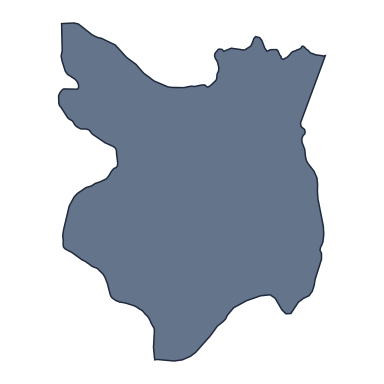 the border of Môndól Kiri
{"feature_id": "KHM-1794", "entity_name": "Môndól Kiri", "entity_type": "Province", "adm_level": 1, "iso_a3": "KHM", "parent_name": "Cambodia", "parent_adm1": "", "projection": "robinson", "projection_center": [106.924, 12.744], "detail": "fine", "context": "isolated", "style": "filled", "palette": "slate", "viewbox_px": 384, "rotation_deg": 0, "n_neighbors": 0, "source": "natural_earth", "source_scale": "10m", "svg_char_len": 3247}
<svg xmlns="http://www.w3.org/2000/svg" viewBox="0 0 384 384"><path d="M317.9,198.7L323.3,226.1L323.8,234.1L323.0,241.6L321.8,244.8L320.5,247.5L320.0,250.2L321.5,253.4L321.5,259.2L315.1,279.5L314.1,285.6L312.3,291.2L309.1,295.7L303.5,298.3L298.3,302.3L290.9,313.5L285.9,313.8L281.8,309.7L275.2,298.3L270.1,294.8L260.5,295.8L250.0,299.5L246.5,300.7L233.6,307.8L227.2,315.4L225.7,318.9L223.1,321.6L217.3,326.2L210.4,335.7L195.6,352.4L190.3,356.4L182.2,359.9L174.1,361.0L157.5,359.5L154.8,359.8L154.8,359.7L154.5,358.2L153.5,347.3L154.4,330.8L154.2,328.5L151.1,323.1L150.1,320.5L148.5,317.6L146.8,315.6L145.3,314.2L143.1,311.5L142.3,310.7L141.5,310.1L139.4,309.0L136.9,307.2L134.0,305.7L124.9,302.9L119.5,302.0L116.0,300.6L112.7,298.4L111.7,297.4L111.0,296.5L110.1,294.1L107.3,283.2L104.9,277.2L103.8,275.4L103.1,274.2L97.7,268.8L97.1,268.4L96.4,268.0L93.3,266.9L92.0,266.2L91.0,265.6L89.3,264.2L84.9,261.2L82.0,259.8L71.7,252.4L65.4,249.1L64.4,248.2L63.6,247.0L63.3,246.2L63.2,245.3L63.2,239.8L62.7,236.0L63.6,229.7L69.2,206.1L74.1,197.0L77.3,193.5L86.1,187.5L91.3,186.0L95.3,183.4L99.9,181.9L106.2,178.9L107.3,177.7L108.8,175.8L111.5,171.2L113.0,169.4L114.2,168.3L115.6,167.8L116.2,167.3L116.8,166.8L117.3,166.2L117.7,163.2L116.6,153.9L116.4,151.0L116.0,149.2L115.4,148.3L114.7,147.5L113.1,146.4L105.1,142.8L92.2,134.0L89.5,130.5L88.8,129.9L88.1,129.6L86.4,129.1L85.4,129.0L81.7,129.0L80.9,128.9L80.3,128.6L78.0,127.5L76.1,126.2L74.6,124.5L73.1,121.9L72.5,121.1L71.9,120.6L69.1,119.0L68.5,118.6L68.0,118.1L67.4,117.3L60.8,107.0L59.7,105.9L59.2,104.8L58.8,103.2L58.6,96.6L58.7,95.6L59.1,94.4L59.9,92.9L61.6,90.5L62.8,89.4L63.9,88.9L76.3,89.2L77.2,89.0L77.9,88.7L78.3,88.0L78.6,87.0L78.6,85.7L78.4,84.6L78.1,83.7L77.8,82.9L77.4,82.1L76.2,80.4L74.2,78.6L67.5,74.4L65.3,71.2L62.3,61.8L61.2,56.6L61.2,55.6L62.2,50.9L61.6,23.6L74.0,23.0L78.4,24.0L92.0,34.7L95.8,36.7L98.5,37.7L101.4,38.3L115.4,45.1L126.2,57.0L127.6,58.2L135.9,64.3L143.6,73.1L154.1,81.0L168.0,86.9L171.6,87.4L180.7,87.6L184.1,87.6L190.7,86.2L193.2,86.3L194.1,86.5L195.6,86.3L201.0,85.1L204.4,84.9L205.1,85.2L205.7,85.7L206.2,86.3L206.8,86.8L207.5,87.0L208.7,86.7L210.2,85.8L214.8,81.5L215.8,80.4L216.3,79.7L216.6,78.9L217.1,74.2L217.5,73.1L218.2,71.7L218.5,70.8L218.7,70.0L218.8,68.9L218.8,68.0L218.6,66.6L218.5,66.4L217.7,62.8L217.4,61.9L216.6,60.4L215.8,59.2L215.1,57.8L214.6,56.1L214.6,55.2L214.8,54.3L215.0,53.5L215.4,52.8L218.3,49.4L218.7,49.2L219.4,49.1L222.0,49.4L223.8,51.3L231.3,48.2L244.4,50.1L250.7,46.2L252.5,42.5L253.7,38.8L255.6,36.6L259.6,37.6L261.8,40.3L264.8,48.2L267.1,51.3L269.3,50.1L271.6,49.6L276.7,49.6L277.9,50.7L279.9,55.3L281.1,56.4L280.9,57.8L283.0,59.4L287.2,57.2L288.2,56.3L289.6,54.9L290.8,53.3L291.8,52.3L292.3,51.9L293.0,51.5L295.6,50.7L297.0,49.9L299.7,49.0L300.5,48.5L301.2,47.8L301.8,46.6L302.4,46.2L303.1,46.2L304.3,47.0L306.4,49.3L308.1,50.4L308.9,51.3L309.9,52.4L310.4,52.8L311.2,53.2L313.5,53.9L314.3,54.4L315.5,54.8L321.5,55.6L323.3,56.1L325.3,55.6L322.5,63.4L300.5,123.0L301.1,126.6L304.5,129.4L305.0,131.2L305.1,132.8L304.6,134.1L303.4,135.1L302.1,137.6L301.8,140.3L302.3,143.0L304.7,149.3L305.5,156.8L306.4,160.5L307.9,163.4L314.0,171.2L317.0,178.1L317.6,184.6L317.4,191.3L317.9,198.7Z" fill="#64748b" stroke="#1e293b" stroke-width="1.5"/></svg>